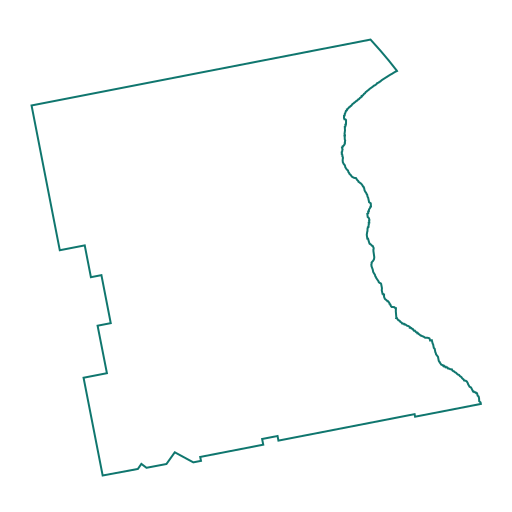 96, Ar Rayyān, Qatar (Robinson projection), rotated 169°
{"feature_id": "91078587B9070844542382", "entity_name": "96", "entity_type": "district", "adm_level": 2, "iso_a3": "QAT", "parent_name": "Qatar", "parent_adm1": "Ar Rayyān", "projection": "robinson", "projection_center": [50.859, 24.856], "detail": "fine", "context": "isolated", "style": "outline", "palette": "teal", "viewbox_px": 512, "rotation_deg": 169, "n_neighbors": 0, "source": "geoboundaries", "source_scale": "gbopen_adm2", "svg_char_len": 5296}
<svg xmlns="http://www.w3.org/2000/svg" viewBox="0 0 512 512"><g transform="rotate(169 256 256)"><path d="M447.6,446.6L447.5,299.1L422.1,299.1L422.1,266.7L411.4,266.7L411.4,217.8L424.8,217.8L424.7,169.4L448.5,169.4L448.4,69.8L412.6,69.5L408.2,73.8L403.9,69.0L383.6,68.9L373.2,78.8L356.9,65.4L349.1,65.4L349.1,69.4L284.9,69.4L284.9,75.2L269.2,75.2L269.2,70.5L130.5,70.5L130.5,67.9L63.5,67.9L63.5,69.4L64.6,70.9L64.2,73.7L64.3,75.7L65.1,76.6L65.2,79.0L65.4,79.3L66.1,79.4L66.3,80.2L66.4,80.3L67.8,80.7L67.9,80.9L68.1,81.4L68.3,81.4L68.4,81.6L68.8,81.6L70.0,85.9L71.3,86.9L72.3,89.8L72.3,90.5L73.0,92.6L73.9,93.5L75.5,94.1L75.7,95.1L76.4,95.9L77.1,96.9L77.4,97.8L77.8,98.3L78.0,98.5L78.7,99.1L79.4,100.5L80.3,101.0L81.1,101.9L81.9,103.2L83.1,104.1L83.6,105.0L84.3,105.3L85.1,106.2L85.3,107.3L87.0,107.8L87.7,108.5L89.0,108.9L89.2,109.1L89.2,109.8L89.7,110.3L91.0,110.5L91.0,111.2L92.4,111.6L92.4,112.3L93.1,112.3L93.2,113.0L94.9,114.0L95.6,115.8L95.9,116.2L95.9,116.9L96.3,117.3L96.6,118.3L96.6,122.3L98.0,125.1L98.0,126.2L98.3,127.3L98.3,130.8L99.0,131.9L99.0,135.5L99.3,136.2L99.5,139.8L101.2,139.8L101.4,141.9L101.9,142.4L103.5,143.1L105.6,143.5L106.2,144.2L106.4,144.3L106.8,144.8L107.1,145.0L107.3,145.1L109.0,146.2L109.1,146.4L109.6,146.5L109.8,146.8L110.7,148.0L111.0,148.1L111.5,148.7L111.5,149.0L111.8,149.4L112.3,149.4L112.3,150.1L113.0,150.3L113.5,150.8L113.7,151.4L114.0,151.6L114.3,152.4L115.3,152.6L115.8,154.1L116.1,154.1L116.5,154.8L117.2,155.1L117.4,155.8L118.2,156.0L118.7,156.2L118.5,156.9L119.7,158.1L121.1,158.8L122.4,160.3L123.4,160.4L123.6,161.2L123.8,161.3L124.2,161.4L124.5,161.4L124.8,161.7L125.5,161.9L125.6,162.6L127.0,164.0L127.0,164.4L127.4,164.8L127.6,165.2L127.8,165.3L128.3,165.8L128.5,165.8L129.0,166.7L129.5,167.9L129.5,168.1L130.2,168.3L130.0,168.7L129.3,175.1L128.6,178.0L129.2,178.1L129.5,178.8L130.2,179.5L130.8,179.6L132.2,180.1L132.5,180.1L132.6,180.3L132.8,180.5L133.1,181.0L133.2,181.5L133.4,181.9L133.3,182.6L133.6,183.2L133.8,183.4L133.9,183.5L134.1,183.6L134.1,184.7L134.7,185.8L135.1,186.5L135.6,186.5L135.7,186.8L136.3,187.7L137.1,188.6L137.7,189.4L138.0,191.0L138.1,191.5L137.7,193.5L137.8,193.5L138.1,194.0L138.3,194.0L138.3,194.4L138.7,194.6L139.0,194.7L139.1,198.3L138.5,200.4L138.5,204.8L138.8,205.4L139.9,206.1L140.3,206.7L140.5,206.9L140.5,207.6L142.2,211.5L142.2,212.2L142.5,212.6L142.8,213.6L142.8,214.7L143.9,217.6L144.0,218.2L144.0,219.4L144.0,220.4L144.1,221.0L144.6,224.2L144.4,224.8L144.5,225.4L143.9,226.5L143.9,227.2L143.7,227.6L142.7,228.4L142.1,228.8L141.3,229.7L140.9,230.1L140.2,231.9L140.1,232.6L139.8,238.3L139.5,240.1L139.2,240.4L139.0,241.4L139.5,243.6L139.7,243.8L140.3,244.0L140.9,245.2L141.4,245.7L141.5,245.8L141.9,246.1L141.9,246.3L142.2,246.5L142.5,249.0L142.7,251.5L142.8,251.6L142.9,251.9L143.4,251.9L143.3,254.4L143.3,254.5L143.2,255.8L142.2,258.6L141.9,259.0L141.2,261.9L140.9,262.2L140.7,262.9L140.1,262.9L139.9,263.4L139.5,265.1L139.2,265.4L139.0,267.2L138.4,267.2L138.2,269.4L137.8,269.7L137.9,271.2L138.2,272.2L138.7,272.6L138.9,272.9L138.7,276.2L137.7,276.5L137.4,278.3L136.7,278.3L136.2,280.1L134.8,281.5L134.3,282.6L133.7,282.6L133.3,285.8L134.7,287.2L134.8,291.9L135.2,292.9L135.2,295.1L135.5,295.4L135.6,295.8L135.9,297.2L136.2,297.6L136.6,298.7L136.9,299.7L136.9,302.2L137.2,302.6L137.2,303.5L137.8,304.0L137.8,304.3L137.9,304.6L138.0,305.0L138.3,305.6L138.5,306.1L139.2,307.2L139.3,307.3L139.9,307.9L140.4,308.5L141.3,309.4L141.3,310.1L142.3,311.5L142.9,313.3L143.1,313.5L143.5,313.5L144.1,313.7L145.1,314.2L145.8,314.8L146.4,315.2L146.9,316.0L147.3,316.8L147.3,317.0L147.6,317.4L148.1,318.2L148.5,318.8L148.7,319.0L148.7,319.7L149.3,320.8L149.3,321.6L149.4,321.9L149.4,322.4L150.4,323.6L151.4,326.1L151.4,327.6L151.7,328.3L151.7,328.7L152.4,329.7L152.9,331.8L152.7,332.6L152.7,333.3L152.2,335.1L151.9,335.6L152.0,337.1L152.0,337.3L152.2,337.5L152.1,338.1L152.0,338.4L152.0,339.3L152.4,339.8L152.0,340.8L152.1,341.5L151.9,341.6L151.8,341.8L151.7,341.9L151.6,342.0L151.3,342.6L151.0,343.7L150.7,344.0L150.7,344.5L150.8,344.6L150.9,346.2L150.2,346.4L150.1,346.5L149.9,346.7L149.9,347.2L149.2,347.4L148.5,348.1L148.2,348.2L148.0,348.4L147.8,348.6L147.7,349.0L147.3,349.4L147.2,349.8L147.3,349.8L147.3,350.2L147.0,350.9L146.4,352.5L146.6,353.2L146.5,354.3L146.3,355.2L146.2,357.2L145.7,357.2L145.6,357.9L145.8,358.7L145.7,359.1L145.7,359.4L145.5,359.9L145.4,360.1L145.1,361.1L144.7,362.2L144.2,365.8L143.8,365.8L143.4,366.5L143.2,367.9L142.7,367.9L142.7,368.0L142.4,368.7L141.8,371.6L141.7,372.2L141.9,372.8L142.3,373.1L143.1,373.3L143.3,374.7L142.8,376.9L142.3,376.9L141.9,377.6L141.7,378.7L141.0,379.4L140.1,381.2L139.5,381.3L138.8,381.9L138.8,382.6L138.1,382.8L137.1,383.5L136.4,384.2L135.8,384.2L134.4,385.3L133.8,385.3L132.4,386.7L130.7,387.4L130.4,387.8L129.4,388.1L127.7,389.2L127.0,389.2L125.7,390.3L125.0,390.3L123.7,391.4L122.7,391.7L122.3,392.1L121.7,392.3L121.7,393.0L120.6,393.2L119.3,394.2L119.0,394.6L118.0,394.9L117.0,396.0L115.9,396.4L115.6,396.7L113.3,397.8L112.9,398.2L108.9,400.0L107.9,400.7L107.2,400.7L104.9,401.7L104.2,402.5L102.5,402.8L101.5,403.5L100.8,403.5L99.1,404.6L98.5,404.8L98.1,405.0L92.0,407.4L89.4,408.4L87.7,408.9L86.0,409.6L84.0,410.3L82.3,410.7L82.4,411.0L88.3,422.4L94.6,433.7L95.8,435.7L102.3,446.6L447.6,446.6Z" fill="none" stroke="#0f766e" stroke-width="2"/></g></svg>